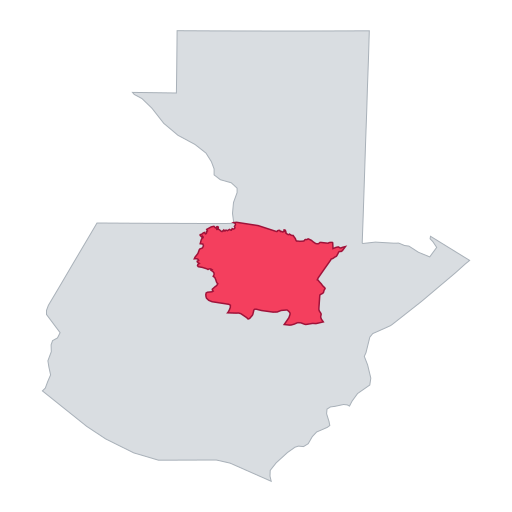 Guatemala, with Alta Verapaz highlighted
{"feature_id": "GTM-1948", "entity_name": "Alta Verapaz", "entity_type": "Department", "adm_level": 1, "iso_a3": "GTM", "parent_name": "Guatemala", "parent_adm1": "", "projection": "albers", "projection_center": [-90.124, 15.617], "detail": "fine", "context": "in_parent", "style": "filled", "palette": "rose", "viewbox_px": 512, "rotation_deg": 0, "n_neighbors": 0, "source": "natural_earth", "source_scale": "10m", "svg_char_len": 5643}
<svg xmlns="http://www.w3.org/2000/svg" viewBox="0 0 512 512"><path d="M42.4,390.9L45.3,388.1L47.7,381.6L50.6,374.9L48.9,367.1L47.9,360.8L51.3,351.7L51.1,344.8L52.6,340.6L57.5,337.9L60.1,332.7L46.5,314.5L46.5,310.4L48.4,305.3L59.8,286.1L73.2,263.3L88.1,238.1L97.0,223.0L129.1,223.2L150.4,223.3L177.3,223.4L206.6,223.5L225.9,223.5L233.8,223.3L232.5,213.4L233.5,202.5L237.1,192.6L237.1,188.2L231.3,182.8L220.3,179.7L214.1,174.9L214.1,168.9L211.4,161.7L206.0,153.1L194.9,144.4L178.1,135.4L163.8,123.4L152.0,108.3L142.0,98.6L134.3,94.5L132.5,92.4L155.1,92.7L176.4,93.0L176.7,71.4L176.9,52.3L177.1,30.7L215.7,30.9L261.8,31.0L309.7,31.0L347.3,30.9L369.3,30.8L368.5,57.6L367.4,88.6L366.7,111.4L365.6,141.9L364.6,173.0L363.2,215.4L362.2,242.9L362.7,243.5L375.4,242.1L394.1,243.2L398.7,243.1L404.5,245.5L408.9,246.1L418.5,252.3L429.7,256.9L436.7,247.4L432.9,241.7L430.1,238.8L430.5,236.3L469.6,260.4L465.0,264.2L455.2,273.0L437.4,288.0L421.4,301.5L405.9,313.7L392.0,324.6L390.4,325.7L372.7,333.6L369.8,337.2L366.0,352.6L364.3,356.4L367.6,364.9L370.8,378.1L369.8,385.0L357.6,393.5L352.0,401.2L349.5,406.1L347.3,404.9L343.5,404.5L334.7,406.4L330.5,406.9L327.0,409.1L326.6,413.8L329.0,421.5L329.8,425.5L327.4,427.3L316.6,432.0L312.3,436.6L308.2,443.7L303.5,446.6L298.5,446.1L295.0,447.2L287.5,452.5L276.2,462.8L270.2,470.4L270.0,476.2L271.2,481.3L230.0,463.1L216.3,460.0L158.5,460.2L133.8,452.9L105.6,438.9L86.6,426.3L42.4,390.9Z" fill="#d9dde1" stroke="#a8b0b8" stroke-width="1"/><path d="M233.7,222.6L236.6,222.3L258.2,225.6L276.3,231.5L277.0,231.5L277.2,231.4L277.2,231.2L277.3,231.0L277.6,230.7L278.1,230.5L279.2,230.3L279.7,230.4L280.0,230.7L280.1,231.1L280.4,231.5L280.8,231.5L281.3,231.4L281.6,231.4L281.8,231.4L282.2,231.9L282.5,232.0L282.8,231.9L283.1,231.8L283.9,231.6L284.1,231.5L284.2,231.4L284.2,231.0L283.9,230.2L284.0,229.9L284.4,229.9L285.2,230.2L285.4,230.3L285.5,230.6L285.5,230.8L285.5,231.1L285.4,231.3L285.5,231.7L285.8,231.9L286.0,232.0L286.0,232.3L285.8,233.0L287.6,234.4L288.8,234.7L289.0,234.6L289.5,234.1L291.4,235.3L292.4,235.5L293.0,235.4L293.2,235.5L293.5,236.0L293.9,236.6L295.3,238.5L295.6,239.2L295.7,239.7L296.2,240.7L296.6,241.0L297.0,241.2L297.3,241.1L297.7,241.0L298.1,241.1L299.8,241.3L303.3,241.1L303.9,240.9L304.1,240.8L304.2,240.7L304.3,240.6L304.8,239.9L305.0,239.7L305.5,239.5L305.8,239.5L306.7,239.6L307.0,239.5L307.6,239.2L308.0,238.9L308.3,238.9L308.6,239.0L311.1,240.2L311.4,240.3L313.1,241.8L315.3,243.3L315.9,243.6L316.4,243.7L317.8,243.8L318.4,243.7L318.7,243.6L318.9,243.4L320.1,242.4L320.9,242.4L327.5,243.2L327.9,243.2L328.2,243.2L328.4,243.1L328.7,242.9L328.9,242.7L329.4,242.6L330.0,242.4L331.5,242.4L332.2,242.4L332.6,242.6L332.7,242.9L333.0,248.6L336.0,247.4L338.3,246.9L340.1,247.9L340.9,248.0L342.2,247.4L345.4,246.6L342.5,250.5L341.4,251.4L339.3,251.6L339.0,251.8L338.7,252.0L338.2,253.0L338.1,253.3L336.8,255.7L336.4,256.2L336.0,256.5L334.9,257.0L333.1,258.3L332.6,258.6L331.5,258.9L331.2,259.1L330.9,259.4L330.7,260.0L324.0,269.5L318.1,278.0L317.3,279.8L317.6,279.9L318.1,280.2L318.3,280.4L318.5,280.6L318.6,280.8L319.1,281.5L321.4,284.0L322.3,285.3L323.2,286.3L324.6,287.6L325.0,288.2L325.1,288.6L324.2,290.0L324.1,290.3L323.9,290.8L323.6,292.1L323.4,292.6L323.2,292.8L323.0,293.0L322.8,293.2L322.6,293.4L320.6,294.4L320.0,294.9L319.8,295.1L318.9,308.0L318.9,309.7L319.0,310.0L319.4,311.1L319.7,311.6L320.4,312.6L321.0,313.6L321.1,314.1L321.1,314.6L320.7,316.5L320.7,317.1L320.8,317.5L321.0,318.1L321.4,319.2L323.3,321.9L316.0,323.6L312.6,323.4L305.8,324.5L304.5,324.2L300.8,322.8L298.3,322.7L297.2,322.8L294.3,324.1L291.2,325.0L289.4,325.1L284.2,324.5L288.9,317.7L290.0,314.5L290.1,313.4L289.9,312.9L289.6,312.4L289.1,311.7L287.9,310.6L287.2,310.1L286.8,310.0L286.4,310.0L281.6,310.4L280.7,310.6L277.2,312.0L273.0,312.1L261.4,310.5L256.3,309.2L254.8,309.2L254.3,309.5L254.2,309.7L254.0,309.9L253.7,310.4L253.6,310.7L253.6,311.3L252.7,314.7L252.0,315.8L251.5,316.2L250.2,317.9L249.7,318.3L248.7,318.9L248.3,318.9L247.9,318.9L246.8,317.7L240.9,313.7L238.6,313.0L236.1,313.1L232.6,313.0L230.1,312.9L227.6,312.8L228.3,311.9L229.3,310.0L230.3,307.5L230.4,305.2L228.8,304.3L212.0,301.7L208.7,300.3L206.5,298.2L206.0,296.6L205.8,294.6L206.2,292.9L207.6,292.2L211.9,291.8L213.2,291.1L212.3,289.9L212.3,289.2L215.3,286.5L215.9,286.2L217.1,285.0L217.8,283.7L217.1,283.1L216.5,282.0L215.8,279.8L214.8,277.5L213.2,276.3L214.1,274.6L214.0,273.0L212.9,271.5L210.9,270.2L210.9,269.7L211.0,269.6L211.3,269.6L211.7,269.5L210.9,269.0L209.9,268.8L208.9,269.0L208.0,269.5L206.8,268.8L202.3,267.4L198.3,266.7L197.5,265.7L197.9,264.4L199.3,263.4L198.7,263.1L197.2,261.8L197.2,261.2L197.7,261.0L198.2,260.6L198.7,260.3L198.0,259.3L197.0,258.8L195.7,258.7L194.3,258.8L195.0,257.2L197.9,253.5L199.3,249.7L199.8,249.0L202.4,248.0L203.5,245.9L202.8,244.0L200.2,243.7L201.2,240.0L202.0,238.4L203.1,237.7L203.1,236.9L202.6,236.8L202.5,236.7L202.3,236.2L201.6,236.9L200.6,235.8L200.2,235.5L200.2,234.6L201.6,234.3L203.3,232.9L204.5,232.4L204.8,232.7L205.1,233.5L205.6,233.9L206.3,233.5L206.7,232.6L206.5,232.0L206.5,231.5L207.5,230.9L206.7,229.4L211.2,226.9L213.9,226.3L215.4,227.9L216.2,227.9L216.5,227.0L217.0,226.6L217.6,226.6L218.3,227.1L218.3,227.9L217.9,228.1L217.3,228.4L216.8,228.6L216.8,229.4L218.6,229.3L219.7,230.0L220.6,230.9L222.0,231.6L222.3,231.3L223.0,230.7L223.5,230.2L223.7,230.9L223.8,230.9L223.9,230.6L224.1,230.2L224.9,230.9L225.2,230.9L225.7,230.2L226.4,230.2L227.5,230.7L229.5,229.4L230.8,230.2L231.4,230.2L231.6,229.6L232.0,229.2L232.2,228.6L233.4,229.1L234.5,228.6L235.0,227.6L234.4,226.4L235.3,225.2L235.5,224.1L235.0,223.3L233.7,222.6Z" fill="#f43f5e" stroke="#9f1239" stroke-width="1.5"/></svg>